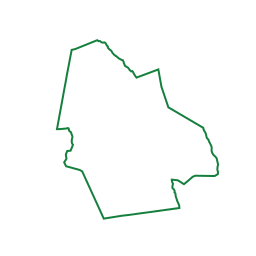 the district of Nsoc Nsomo, Kié-Ntem, Equatorial Guinea, rotated 339°
{"feature_id": "11065452B43435483695389", "entity_name": "Nsoc Nsomo", "entity_type": "district", "adm_level": 2, "iso_a3": "GNQ", "parent_name": "Equatorial Guinea", "parent_adm1": "Kié-Ntem", "projection": "natural_earth1", "projection_center": [11.077, 1.936], "detail": "fine", "context": "isolated", "style": "outline", "palette": "green", "viewbox_px": 256, "rotation_deg": 339, "n_neighbors": 0, "source": "geoboundaries", "source_scale": "gbopen_adm2", "svg_char_len": 2445}
<svg xmlns="http://www.w3.org/2000/svg" viewBox="0 0 256 256"><g transform="rotate(339 128 128)"><path d="M147.4,65.9L147.5,65.3L147.6,64.2L147.5,63.3L147.5,62.9L146.9,62.6L145.7,61.3L144.3,59.6L142.8,56.7L142.4,56.5L141.8,55.4L141.2,54.4L140.4,52.3L140.4,52.2L140.1,50.0L139.5,48.9L139.0,48.3L139.0,48.2L138.9,48.1L138.1,46.2L138.1,45.9L138.0,45.7L138.1,45.4L138.4,44.6L137.9,43.7L137.8,43.4L137.7,42.4L137.4,40.5L136.6,39.6L135.4,39.4L135.1,39.3L134.1,38.6L133.9,38.4L133.8,38.2L133.3,37.3L132.8,36.7L132.0,36.5L131.9,36.4L131.6,36.3L131.6,36.2L130.7,35.0L106.9,35.4L105.5,35.2L103.4,34.9L100.3,39.9L92.3,52.8L91.9,53.4L91.5,54.1L91.2,54.6L90.8,55.3L90.7,55.3L86.4,62.5L80.3,72.4L79.8,73.3L61.3,103.6L62.1,103.9L64.0,104.6L65.0,104.9L66.0,105.1L66.9,105.5L67.0,105.5L68.0,105.7L68.7,106.0L68.8,106.0L70.4,106.4L70.5,106.4L71.3,106.4L72.0,106.6L72.4,107.2L72.4,107.3L72.4,107.8L72.3,108.1L72.2,108.3L72.1,108.5L72.1,109.3L72.1,109.5L72.7,110.8L72.8,111.0L73.2,111.5L73.2,112.4L73.2,113.1L73.1,113.5L73.0,113.8L73.2,115.1L73.1,115.7L73.0,116.1L72.6,117.0L72.2,117.6L71.9,118.0L71.7,118.3L71.1,119.2L71.0,119.3L71.0,119.5L70.7,120.4L70.4,121.2L70.3,121.4L70.3,121.6L70.3,122.6L70.3,122.8L70.6,124.0L66.3,128.6L63.0,127.7L60.6,130.3L60.2,131.4L59.6,134.6L56.1,137.2L56.5,141.5L67.9,149.9L69.7,152.1L72.9,203.9L90.8,207.7L97.4,209.4L147.3,221.1L148.0,218.8L148.0,218.7L148.0,216.8L148.0,216.7L147.9,215.0L147.8,213.4L148.0,211.6L148.0,209.5L148.2,208.3L148.8,206.3L148.8,206.2L148.8,205.8L148.3,204.8L148.9,203.7L149.0,203.5L149.0,203.4L148.8,201.7L148.7,201.5L148.7,201.4L148.0,200.3L148.2,199.1L148.8,198.0L149.9,196.3L149.9,196.2L150.0,196.0L150.0,195.9L149.9,194.4L150.0,193.1L150.4,191.9L155.8,194.7L160.1,200.5L164.9,198.9L171.0,196.7L173.8,196.7L191.7,203.9L195.0,203.3L195.3,203.3L196.2,201.5L196.5,198.8L197.8,196.1L199.0,194.5L199.4,191.5L199.7,189.3L199.9,187.8L199.0,185.4L198.7,184.9L198.1,183.6L197.7,181.4L197.8,179.4L198.5,177.7L199.2,176.0L199.3,174.3L199.1,172.1L198.8,169.5L198.9,167.7L198.0,165.4L198.3,163.4L198.5,162.1L198.6,160.8L198.5,159.6L198.1,157.9L198.1,156.1L198.3,154.8L173.1,123.2L174.0,101.5L177.3,84.2L154.0,84.0L153.8,83.3L153.4,81.9L152.9,79.4L152.8,77.7L152.5,76.5L151.5,76.3L151.4,76.2L151.2,76.2L151.1,75.9L150.5,74.7L150.4,74.6L150.0,72.8L149.5,71.5L148.6,70.4L147.6,69.0L147.5,68.9L147.4,68.8L147.4,68.7L147.4,68.4L147.5,67.5L147.4,66.2L147.4,65.9Z" fill="none" stroke="#15803d" stroke-width="2"/></g></svg>